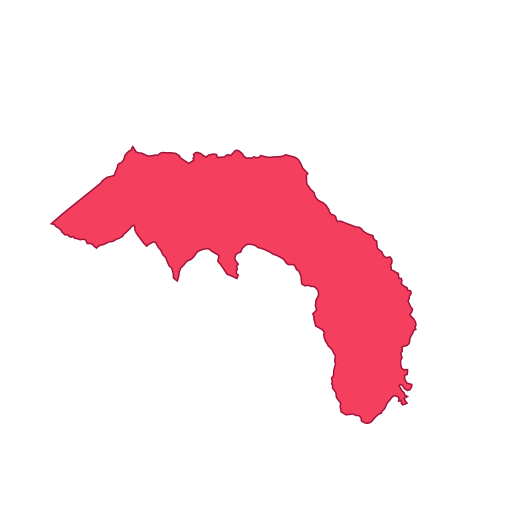 the district of Guararapes, São Paulo, Brazil, rotated 295°
{"feature_id": "56859067B37687958738516", "entity_name": "Guararapes", "entity_type": "district", "adm_level": 2, "iso_a3": "BRA", "parent_name": "Brazil", "parent_adm1": "São Paulo", "projection": "albers", "projection_center": [-50.711, -21.275], "detail": "fine", "context": "isolated", "style": "filled", "palette": "rose", "viewbox_px": 512, "rotation_deg": 295, "n_neighbors": 0, "source": "geoboundaries", "source_scale": "gbopen_adm2", "svg_char_len": 5385}
<svg xmlns="http://www.w3.org/2000/svg" viewBox="0 0 512 512"><g transform="rotate(295 256 256)"><path d="M198.7,56.8L199.3,60.0L198.1,62.6L198.0,65.0L197.4,67.7L195.7,70.1L194.4,74.0L195.7,76.5L194.8,78.3L194.9,80.5L196.4,81.8L195.4,84.1L196.1,86.6L196.4,89.8L198.1,92.1L198.6,94.8L197.3,96.3L196.0,97.8L197.6,101.3L196.9,104.2L196.1,106.1L195.8,108.2L198.2,109.0L200.3,110.7L202.2,113.3L204.5,115.0L206.8,116.9L208.3,119.5L210.3,121.3L212.2,122.2L213.8,124.2L215.4,125.3L217.3,126.7L219.7,127.0L222.7,128.4L225.4,129.3L227.2,130.1L230.0,130.7L232.2,132.3L231.1,134.0L228.5,135.1L226.1,138.0L221.4,146.5L220.1,149.0L218.7,152.8L221.1,153.7L222.9,155.2L225.7,157.1L225.5,159.9L223.9,161.8L222.5,163.9L221.6,166.0L220.5,167.8L218.8,169.8L217.6,171.5L216.4,174.9L212.7,178.7L210.5,181.2L209.4,184.6L208.0,185.9L206.3,187.5L204.6,188.7L201.2,190.5L200.5,193.2L200.1,195.3L205.8,194.3L208.9,193.2L211.0,193.0L212.9,192.8L215.1,193.6L217.5,194.4L221.3,195.3L223.1,196.3L225.4,198.5L228.7,199.9L230.8,200.3L233.0,200.6L235.0,201.1L237.0,202.6L238.9,204.5L240.4,206.1L241.7,207.9L242.6,210.9L241.6,213.8L240.8,222.3L237.7,223.0L235.1,223.6L233.8,226.5L231.8,230.2L228.7,235.2L227.3,237.2L227.6,241.6L227.5,248.2L231.2,248.0L231.9,245.7L234.1,244.5L236.1,244.7L238.6,242.6L241.0,243.4L243.8,238.5L246.2,237.3L249.1,237.2L251.1,238.5L253.1,240.5L256.6,240.3L258.5,240.8L260.6,241.7L263.0,243.3L264.8,247.4L265.2,251.4L264.5,254.4L265.0,256.6L265.5,260.5L265.4,263.9L265.5,266.8L265.0,269.7L265.0,272.0L265.3,274.3L265.2,278.5L264.7,282.5L262.3,286.7L261.9,288.9L264.1,293.8L262.9,296.2L260.9,298.3L260.6,300.9L258.9,302.9L256.5,305.5L253.4,307.1L250.0,309.4L249.6,313.0L251.6,315.8L251.6,318.6L252.9,321.4L252.2,324.3L250.8,326.8L249.3,328.0L247.2,329.1L244.3,329.3L241.4,329.0L238.4,330.1L236.1,330.8L234.3,332.5L232.7,333.7L230.2,332.9L227.7,331.9L225.4,334.1L222.9,335.4L220.8,337.3L217.7,339.6L217.7,342.4L217.4,344.8L217.2,347.2L215.8,350.3L213.7,350.4L210.9,352.3L208.1,355.1L206.5,357.8L205.0,359.6L204.3,362.0L202.9,365.1L200.9,367.3L199.3,370.0L193.9,371.8L191.7,373.8L188.4,374.2L184.5,375.0L180.7,376.8L177.2,376.0L175.6,377.3L173.9,378.4L172.1,378.5L171.0,380.4L168.7,381.0L167.2,383.9L166.1,385.9L164.3,387.2L162.2,388.3L161.0,390.0L159.8,392.2L158.5,395.0L155.8,395.6L153.3,397.2L150.7,399.1L150.4,402.1L150.1,404.7L151.9,407.7L153.8,410.5L153.7,414.0L154.9,416.7L153.8,419.5L151.0,421.3L150.7,425.0L151.4,427.6L152.8,429.4L155.2,430.9L157.7,431.5L160.6,432.3L164.5,434.0L166.5,436.1L168.3,435.6L170.0,436.5L172.0,437.1L174.9,437.1L178.8,437.1L181.6,438.1L184.6,438.7L187.3,439.7L188.5,442.5L188.2,444.7L186.7,446.0L184.7,446.6L186.4,448.4L184.5,449.6L183.0,451.6L184.4,453.4L186.5,455.2L188.0,452.1L190.0,450.4L192.6,452.7L193.0,449.4L194.7,447.9L195.6,445.1L197.4,442.8L198.8,440.5L200.6,441.1L200.5,443.6L198.6,446.4L198.1,450.1L200.0,452.1L203.4,452.3L205.4,451.5L204.9,448.8L204.6,446.4L206.1,444.3L208.1,442.2L210.9,441.3L212.5,443.1L214.3,442.5L217.1,441.4L215.3,437.8L215.9,435.5L218.0,433.6L220.9,431.9L223.0,431.1L225.6,431.4L227.8,429.1L229.6,428.2L231.4,428.9L233.2,428.0L234.7,426.7L236.5,427.9L238.7,430.7L241.3,431.7L243.6,431.3L246.2,430.4L249.0,430.3L252.2,430.7L255.3,430.4L257.1,431.9L258.5,430.2L261.0,430.2L263.4,428.6L265.6,425.6L266.7,422.5L268.0,420.1L270.5,420.8L274.0,420.4L275.0,418.1L276.7,416.0L278.4,414.0L279.8,412.7L281.9,412.9L284.6,412.0L287.9,412.4L289.8,410.8L289.1,407.9L291.2,406.1L291.3,402.4L292.4,399.3L295.3,398.7L297.0,397.2L296.2,395.0L297.9,393.8L300.4,392.4L300.2,390.2L300.7,388.1L300.6,384.5L303.0,383.3L304.5,381.8L306.5,382.1L308.7,381.5L310.5,380.3L311.8,377.7L310.5,376.1L309.4,374.3L310.2,371.5L311.8,369.5L313.2,367.7L313.5,365.2L314.4,362.8L316.7,361.2L318.5,360.1L320.5,359.1L320.8,356.3L322.1,354.8L323.9,353.3L323.5,350.9L323.2,347.5L323.5,344.3L324.0,342.1L325.3,340.0L325.6,337.3L324.5,334.3L324.3,330.9L324.0,326.9L323.6,323.2L323.6,320.1L323.3,317.7L321.9,315.6L322.9,313.4L325.1,311.8L325.9,309.9L325.6,306.4L327.0,303.8L328.8,302.5L329.8,300.7L331.2,298.7L332.0,296.7L332.6,294.6L332.6,291.5L333.0,287.9L334.6,285.0L336.0,283.5L337.9,282.0L338.8,279.6L339.5,277.1L341.0,274.9L342.5,271.9L345.4,270.0L348.2,268.8L350.0,267.6L352.7,268.1L353.5,266.0L354.4,263.7L355.4,261.2L358.9,257.2L360.9,254.3L361.8,251.8L361.9,249.1L361.1,244.5L360.3,240.1L358.0,238.4L356.8,236.7L355.4,234.3L354.4,232.4L353.4,230.4L351.2,226.8L350.2,223.7L349.6,221.0L349.1,217.8L346.4,217.0L345.1,214.1L345.0,212.0L342.7,210.8L342.2,208.6L340.9,206.6L341.0,203.7L343.1,199.8L344.0,196.5L343.8,193.9L342.3,192.4L339.0,191.5L336.2,190.4L336.0,187.7L334.5,186.4L332.7,185.7L331.5,183.9L330.1,181.2L328.9,179.7L331.3,177.2L330.4,174.2L327.3,170.2L324.8,169.4L324.7,165.7L325.5,162.7L325.2,159.2L323.9,157.4L321.6,156.4L319.9,158.1L317.8,157.7L316.6,159.2L313.8,157.4L311.5,155.8L312.1,152.0L312.5,148.9L313.2,145.7L314.5,144.1L315.0,140.0L314.6,138.1L313.7,135.8L312.9,133.5L311.6,131.3L310.6,128.1L309.0,126.0L306.0,124.4L304.9,122.0L302.7,119.1L301.0,116.2L300.9,112.9L300.9,108.8L299.8,106.1L299.7,103.2L301.4,100.7L303.1,98.1L301.3,97.8L299.5,98.3L297.6,96.6L294.8,95.5L291.9,94.7L289.5,95.2L286.7,95.3L283.6,94.5L282.1,92.9L280.1,92.3L278.1,92.8L275.7,93.1L272.5,93.1L269.1,93.4L267.1,91.2L265.7,89.4L264.4,87.8L262.5,86.7L259.4,85.0L256.4,84.5L227.8,70.4L212.6,63.0L198.7,56.8Z" fill="#f43f5e" stroke="#9f1239" stroke-width="1.5"/></g></svg>